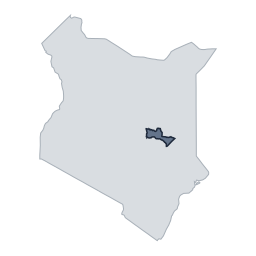 Balambala, North-Eastern, Kenya shown in context
{"feature_id": "3690345B82306211866493", "entity_name": "Balambala", "entity_type": "district", "adm_level": 2, "iso_a3": "KEN", "parent_name": "Kenya", "parent_adm1": "North-Eastern", "projection": "orthographic", "projection_center": [39.23, -0.023], "detail": "fine", "context": "in_parent", "style": "filled", "palette": "slate", "viewbox_px": 256, "rotation_deg": 0, "n_neighbors": 0, "source": "geoboundaries", "source_scale": "gbopen_adm2", "svg_char_len": 6003}
<svg xmlns="http://www.w3.org/2000/svg" viewBox="0 0 256 256"><path d="M39.8,159.0L39.8,155.2L40.3,145.6L40.2,137.2L40.7,133.0L42.8,130.3L43.7,128.4L44.4,125.6L45.5,123.4L48.0,121.6L48.4,120.6L51.0,117.6L52.6,113.7L53.8,112.4L55.2,111.2L56.3,110.6L58.0,109.9L59.4,109.6L59.6,109.3L59.7,108.6L59.3,106.2L59.8,105.4L60.8,103.8L61.8,102.4L62.8,101.4L63.3,100.4L63.5,98.7L63.6,97.5L63.6,95.6L63.3,91.2L62.2,87.4L61.5,83.3L62.0,81.9L61.2,79.5L60.7,79.3L60.0,78.8L59.1,76.5L58.5,74.4L58.0,73.9L55.1,72.1L53.6,67.8L52.0,66.8L51.1,62.5L50.9,61.3L51.9,57.0L51.8,56.0L50.8,55.1L48.1,54.2L45.8,52.4L46.1,51.8L46.3,51.2L45.1,50.7L41.7,43.4L46.2,39.0L50.7,34.6L56.4,29.0L61.7,23.8L66.3,19.3L70.4,15.4L70.2,16.1L70.3,17.1L70.8,17.7L71.6,18.2L72.7,17.7L73.8,17.1L74.7,17.0L80.8,18.6L81.8,20.1L81.8,21.6L82.0,22.8L81.5,23.9L81.0,27.3L81.2,30.5L83.0,32.8L84.6,34.6L85.9,37.2L86.8,38.0L88.1,38.4L92.3,38.5L98.5,38.6L104.5,38.8L105.0,38.9L106.3,39.2L111.8,42.7L116.8,45.8L121.1,48.6L125.2,51.3L129.2,53.9L132.3,56.1L135.4,56.7L140.4,57.0L143.9,57.1L147.1,58.0L151.8,58.9L155.4,59.3L157.5,59.8L163.5,60.3L164.5,60.0L167.1,57.6L170.0,53.7L171.2,51.6L175.0,49.4L181.6,46.5L186.3,44.4L191.5,42.3L193.9,44.1L197.2,47.0L198.7,48.5L199.8,49.1L201.6,49.5L203.8,49.6L205.0,49.5L207.4,49.1L213.0,48.8L216.2,48.8L213.5,52.7L210.3,57.3L204.3,65.9L199.8,70.5L196.3,73.9L196.0,74.5L196.0,78.3L196.1,87.6L196.1,106.3L196.2,125.0L196.3,143.6L196.3,153.0L196.3,156.1L199.4,160.0L202.3,163.9L206.3,168.9L208.4,171.6L208.7,172.5L208.6,174.4L205.4,178.2L202.7,179.9L199.2,180.7L198.1,180.6L196.7,180.0L196.2,180.9L195.7,182.4L195.0,182.1L194.4,181.6L194.7,184.2L195.1,185.4L194.5,187.1L192.8,188.6L192.7,189.8L188.9,193.1L183.6,193.4L180.8,195.0L179.6,196.3L178.6,199.2L179.0,203.7L177.5,207.1L177.2,208.8L174.5,211.0L173.3,213.0L172.4,215.1L171.6,216.0L170.6,220.6L169.4,223.4L169.0,224.4L168.7,225.2L167.7,226.8L167.1,228.0L166.6,228.7L163.4,235.9L160.9,239.2L158.9,238.8L157.6,240.0L157.4,240.6L156.7,240.3L155.1,239.1L151.7,236.7L148.3,234.2L144.9,231.8L141.5,229.4L138.1,226.9L134.7,224.5L131.3,222.0L128.0,219.6L126.0,218.2L125.1,217.3L124.4,215.6L124.1,215.2L123.1,214.7L122.1,214.6L121.8,214.2L121.8,213.4L122.2,212.2L123.4,210.0L123.5,208.7L123.3,207.2L122.9,204.8L122.5,204.2L120.3,203.0L115.6,200.4L110.9,197.7L106.1,195.1L101.4,192.5L96.7,189.8L92.0,187.2L87.3,184.6L82.6,181.9L77.8,179.3L73.1,176.7L68.4,174.0L63.7,171.4L59.0,168.7L54.3,166.1L49.6,163.5L44.9,160.8L43.1,159.9L41.5,159.0L39.8,159.0ZM196.7,184.6L195.9,184.8L196.3,183.5L198.7,181.9L199.7,182.3L199.9,182.7L199.8,183.0L199.4,183.3L196.7,184.6Z" fill="#d9dde1" stroke="#a8b0b8" stroke-width="1"/><path d="M163.7,136.7L163.4,136.6L162.9,136.6L162.4,136.6L161.9,136.4L161.9,136.1L162.0,136.0L162.0,135.8L161.9,135.6L161.9,135.4L161.9,135.2L162.0,135.0L162.0,134.8L162.1,134.5L162.1,134.4L162.1,134.1L162.1,133.9L162.1,133.7L162.1,133.1L162.1,132.8L162.1,132.4L161.8,132.2L161.7,132.1L161.6,131.9L161.4,131.7L161.2,131.3L161.1,131.1L160.9,131.0L160.9,130.9L160.7,130.7L160.7,130.3L160.7,130.1L160.6,129.8L160.5,129.6L160.4,129.5L160.4,129.2L160.3,128.9L160.3,128.6L160.2,128.6L159.9,128.6L159.7,128.6L159.3,128.5L159.2,128.4L158.8,128.5L158.6,128.5L158.5,128.4L158.4,128.5L158.2,128.4L157.9,128.3L157.7,128.3L157.4,128.4L157.4,128.5L157.2,128.8L157.0,129.0L156.9,129.3L156.8,129.5L156.8,129.9L156.8,130.0L156.7,130.3L156.6,130.5L156.4,130.7L156.4,130.8L156.2,130.9L156.1,131.0L155.8,131.1L155.7,131.2L155.6,131.3L155.3,131.3L155.2,131.4L154.9,131.3L154.8,131.2L154.7,131.1L154.4,130.9L154.2,130.8L154.1,130.6L153.9,130.3L153.8,130.2L153.6,130.2L153.5,130.3L153.3,130.3L153.2,130.3L152.9,130.4L152.7,130.4L152.6,130.5L152.5,130.4L152.4,130.3L152.1,130.1L152.0,129.9L151.9,129.8L151.8,129.7L151.6,129.7L151.4,129.7L151.3,129.8L151.2,129.8L150.9,129.9L150.7,129.8L150.5,129.7L150.4,129.7L150.2,129.6L150.1,129.4L149.7,129.3L149.7,129.2L149.4,129.2L149.4,129.3L149.3,129.2L149.3,129.3L149.2,129.3L149.0,129.2L148.9,129.2L148.7,129.0L148.4,129.0L148.2,129.0L147.8,129.1L147.7,129.1L147.4,129.0L147.2,128.9L146.9,128.8L146.7,128.8L146.4,128.7L146.2,128.7L146.2,129.2L146.3,129.3L146.6,130.4L146.6,130.6L146.8,131.3L146.9,131.9L147.2,132.7L147.2,133.0L146.7,133.5L146.6,133.8L146.6,134.0L146.6,134.3L146.6,134.5L146.6,134.8L146.5,135.0L146.5,135.3L146.6,135.5L146.6,135.9L146.7,136.2L146.7,136.3L146.8,136.5L146.7,136.7L146.8,136.9L146.8,137.0L147.0,137.3L146.9,137.3L147.0,137.4L147.0,137.5L147.1,137.4L147.6,137.4L147.9,137.5L148.1,137.6L148.3,137.7L148.6,137.8L148.8,137.9L149.0,137.9L149.4,137.9L149.6,137.9L149.9,138.0L150.3,137.8L150.4,137.7L150.6,137.7L151.1,137.8L151.3,137.6L151.5,137.3L151.8,137.2L152.1,137.0L152.5,136.9L152.9,136.9L153.1,136.9L153.3,136.9L153.5,136.9L153.8,136.9L154.0,136.9L154.3,136.9L154.5,137.0L155.0,137.5L155.6,138.3L155.8,138.5L156.0,138.6L156.3,138.6L156.6,138.8L156.9,138.8L157.0,138.8L157.4,138.7L157.7,138.7L157.9,138.8L158.1,138.9L158.3,138.9L159.0,138.8L159.3,138.8L159.6,138.8L159.8,138.8L160.0,138.9L160.2,139.1L160.6,139.4L160.9,139.5L161.1,139.6L161.4,139.9L161.5,140.0L162.1,140.0L162.3,140.1L162.6,140.2L163.0,140.6L163.3,140.8L163.5,141.0L163.8,141.2L163.8,141.3L164.1,141.5L164.3,141.7L164.6,142.2L164.6,142.3L164.9,142.4L165.0,142.4L165.3,142.6L165.4,142.8L165.6,142.9L165.7,143.3L165.8,143.4L166.0,143.5L166.3,143.8L166.4,146.4L166.5,146.4L166.7,146.2L166.8,146.2L167.1,146.1L167.3,146.1L171.6,141.5L171.7,141.4L174.7,138.6L174.8,138.5L174.6,138.4L174.4,138.3L174.2,138.3L174.1,138.2L173.9,138.2L173.7,138.1L173.4,137.8L173.2,137.8L173.0,137.7L172.8,137.7L172.7,137.6L172.4,137.5L172.2,137.5L171.9,137.5L171.8,137.4L171.5,137.2L171.4,137.2L171.2,137.0L171.0,136.8L170.9,136.7L170.7,136.8L170.6,137.0L170.4,137.0L170.2,137.1L169.9,137.3L169.7,137.3L169.4,137.3L169.3,137.2L169.2,137.3L168.3,137.5L168.2,137.5L168.0,137.4L167.8,137.4L167.6,137.4L167.3,137.2L167.2,137.2L167.0,137.3L166.9,137.3L166.5,137.4L166.4,137.4L166.2,137.0L165.7,136.9L165.4,136.8L163.7,136.7Z" fill="#64748b" stroke="#1e293b" stroke-width="1.5"/></svg>